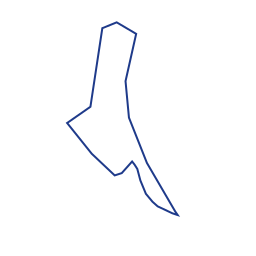 outline of Saulkrastu, rotated 152°
{"feature_id": "LVA-5776", "entity_name": "Saulkrastu", "entity_type": "Municipality", "adm_level": 1, "iso_a3": "LVA", "parent_name": "Latvia", "parent_adm1": "", "projection": "mercator", "projection_center": [24.414, 57.265], "detail": "fine", "context": "isolated", "style": "outline", "palette": "blue", "viewbox_px": 256, "rotation_deg": 152, "n_neighbors": 0, "source": "natural_earth", "source_scale": "10m", "svg_char_len": 425}
<svg xmlns="http://www.w3.org/2000/svg" viewBox="0 0 256 256"><g transform="rotate(152 128 128)"><path d="M76.6,207.3L108.2,170.5L122.3,136.7L127.7,88.3L125.5,32.1L125.0,27.8L125.2,28.0L128.9,31.9L138.6,44.9L141.0,51.4L143.1,61.5L141.7,75.9L139.0,87.5L139.4,92.6L140.1,96.5L154.7,91.1L162.0,92.4L172.1,122.3L179.4,161.0L151.2,164.4L103.8,228.2L88.4,226.6L76.6,207.3Z" fill="none" stroke="#1e3a8a" stroke-width="2"/></g></svg>